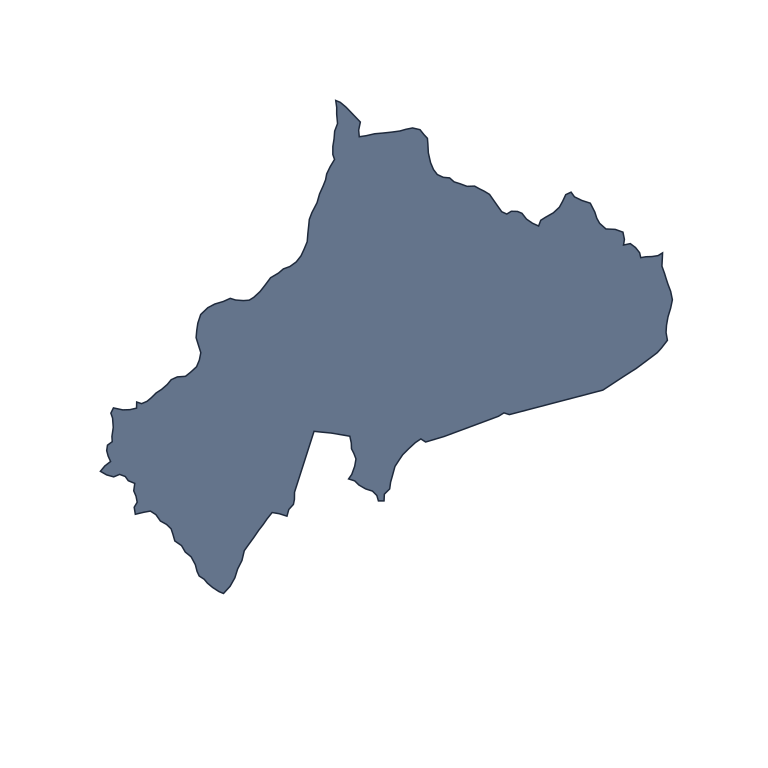 the district of Aporá, Bahia, Brazil, rotated 33°
{"feature_id": "56859067B48403270019390", "entity_name": "Aporá", "entity_type": "district", "adm_level": 2, "iso_a3": "BRA", "parent_name": "Brazil", "parent_adm1": "Bahia", "projection": "robinson", "projection_center": [-38.208, -11.75], "detail": "fine", "context": "isolated", "style": "filled", "palette": "slate", "viewbox_px": 768, "rotation_deg": 33, "n_neighbors": 0, "source": "geoboundaries", "source_scale": "gbopen_adm2", "svg_char_len": 3002}
<svg xmlns="http://www.w3.org/2000/svg" viewBox="0 0 768 768"><g transform="rotate(33 384 384)"><path d="M546.2,122.3L543.9,127.1L539.3,131.2L534.4,134.6L530.5,138.2L526.9,134.7L520.7,132.6L514.1,132.1L509.2,137.0L506.9,131.8L501.7,126.5L493.7,128.4L485.7,133.1L477.3,131.8L472.2,129.1L467.2,125.0L458.5,120.0L450.0,122.3L441.8,123.3L436.4,121.2L433.3,126.2L434.3,133.5L434.8,140.2L432.8,148.2L428.7,156.1L426.3,161.3L427.6,167.3L420.9,168.3L413.7,168.1L406.7,165.7L401.9,166.6L396.7,169.8L394.4,174.6L388.9,175.4L382.3,172.8L375.1,169.9L369.2,167.5L363.0,167.7L357.9,168.3L352.2,168.7L346.0,173.0L338.8,174.6L332.7,176.3L326.8,175.4L321.1,178.4L314.6,179.3L308.7,177.2L302.5,173.0L295.3,166.0L290.0,158.7L286.6,154.3L281.7,153.1L275.7,151.1L268.5,153.7L263.6,158.5L259.6,163.1L253.1,168.7L246.2,174.3L239.9,179.2L233.8,185.5L228.6,190.1L224.5,184.9L221.5,177.2L201.4,172.5L193.9,171.6L189.1,172.5L193.7,177.8L197.3,183.4L203.2,190.9L204.9,198.8L208.6,205.6L211.7,212.6L216.1,219.4L220.2,222.6L220.5,231.1L221.5,239.0L223.8,244.6L225.1,251.1L226.4,259.6L229.1,268.4L230.2,279.6L231.7,286.6L234.6,292.2L238.1,299.1L242.1,306.5L243.6,314.7L244.6,321.7L243.9,329.4L241.1,336.7L236.9,342.3L235.1,348.4L231.0,356.6L230.4,366.0L229.7,373.9L227.6,382.2L225.3,387.1L220.7,390.6L213.8,394.4L208.4,395.9L204.3,402.3L198.5,409.1L194.7,415.9L192.4,425.5L194.7,434.3L197.8,441.1L201.2,447.5L206.6,452.0L213.3,457.5L216.1,464.5L217.4,471.6L215.3,479.7L213.3,485.7L206.8,490.6L203.2,496.2L202.5,502.4L200.4,509.7L197.8,515.5L196.3,522.3L194.7,527.6L191.4,532.5L186.4,533.8L189.6,539.0L184.9,543.9L179.0,548.0L170.1,551.4L170.8,557.2L174.9,560.4L180.6,567.9L184.4,576.2L187.5,580.4L185.4,585.9L187.7,590.9L191.9,594.7L196.9,597.9L194.5,604.7L193.7,611.7L200.9,611.3L207.9,609.1L211.5,603.8L217.4,602.5L222.2,604.4L229.1,603.1L232.3,609.9L237.2,613.2L241.4,617.6L241.6,623.4L246.4,628.7L252.6,622.2L257.3,617.8L263.9,617.8L271.1,620.7L278.1,620.2L284.3,621.4L288.7,624.9L294.1,629.6L302.2,629.8L308.9,633.2L316.4,634.0L324.2,638.3L329.3,643.0L333.6,645.7L339.5,645.7L344.4,647.2L351.1,648.0L358.7,648.0L363.5,647.1L365.1,637.5L364.5,627.8L362.0,618.8L361.0,609.4L357.6,599.9L357.9,592.9L358.4,583.6L358.6,574.7L359.2,567.9L359.4,560.7L360.2,552.7L366.9,549.8L374.6,547.7L372.5,541.1L373.6,534.3L371.7,529.5L367.9,523.5L351.1,461.8L357.4,458.6L366.4,453.9L383.8,446.4L388.7,451.3L392.0,456.0L396.5,458.6L401.3,462.1L404.2,468.9L406.2,477.4L406.0,482.9L412.2,481.2L418.0,482.4L425.7,482.0L432.7,480.1L438.7,481.4L443.0,485.1L447.7,482.0L444.3,476.2L445.9,468.9L443.0,462.7L441.2,456.9L438.1,447.2L438.1,439.3L438.2,433.1L440.0,424.7L442.2,416.1L444.8,410.0L450.5,410.0L463.0,395.3L497.6,348.7L500.3,342.9L505.8,341.4L570.9,269.9L580.2,248.7L584.3,239.6L587.1,233.5L594.1,214.5L596.1,208.9L597.1,202.7L597.9,193.0L592.5,187.2L588.9,180.8L585.6,173.0L583.1,164.3L580.0,156.3L574.0,150.2L567.6,145.5L562.9,141.7L559.1,138.5L552.9,133.8L548.8,126.7L546.2,122.3Z" fill="#64748b" stroke="#1e293b" stroke-width="1.5"/></g></svg>